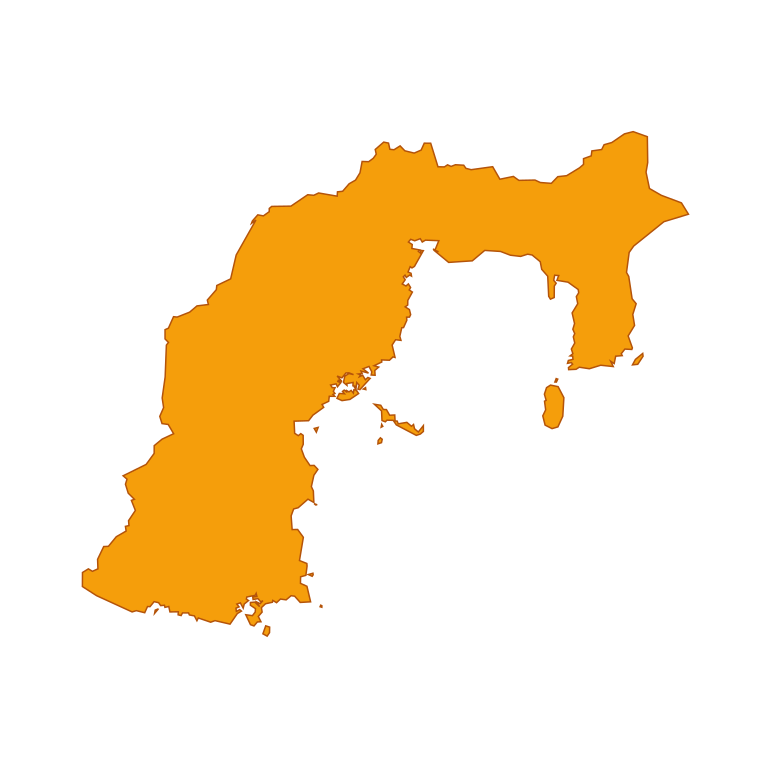 Toli-Toli, Sulawesi Tengah, Indonesia (Albers equal-area conic projection), rotated 175°
{"feature_id": "22746128B86630799177927", "entity_name": "Toli-Toli", "entity_type": "district", "adm_level": 2, "iso_a3": "IDN", "parent_name": "Indonesia", "parent_adm1": "Sulawesi Tengah", "projection": "albers", "projection_center": [120.606, 0.981], "detail": "fine", "context": "isolated", "style": "filled", "palette": "amber", "viewbox_px": 768, "rotation_deg": 175, "n_neighbors": 0, "source": "geoboundaries", "source_scale": "gbopen_adm2", "svg_char_len": 6181}
<svg xmlns="http://www.w3.org/2000/svg" viewBox="0 0 768 768"><g transform="rotate(175 384 384)"><path d="M700.8,222.5L702.1,208.5L688.8,198.2L654.8,178.9L650.5,179.8L642.3,177.0L639.0,182.9L636.5,182.6L632.0,187.2L627.6,185.8L625.8,182.7L622.0,182.7L621.7,180.6L617.8,181.1L617.1,175.6L608.8,175.0L609.2,172.0L606.3,171.0L604.7,173.5L598.7,173.0L598.0,170.9L593.1,169.5L591.0,164.5L589.4,167.1L577.4,161.8L573.0,163.0L558.3,158.2L550.1,168.1L545.8,170.2L547.4,171.8L550.9,170.3L551.0,173.6L547.8,174.6L549.8,177.6L546.2,178.5L543.8,173.0L542.4,177.0L537.8,180.1L539.9,181.7L539.2,183.8L530.8,184.7L529.6,186.6L529.1,183.4L533.3,183.3L533.2,180.7L528.3,181.2L525.7,177.7L523.5,178.7L526.5,176.0L529.9,178.0L527.3,173.0L531.7,178.0L536.1,178.0L536.4,175.3L531.6,171.4L532.2,168.0L535.3,164.7L541.8,166.2L538.0,155.9L534.6,154.3L530.9,158.0L527.3,157.9L529.5,163.4L525.3,167.4L525.6,171.9L521.2,175.4L514.2,176.3L513.6,178.1L510.1,175.5L505.9,178.8L500.3,177.5L495.0,181.2L491.5,180.4L486.5,173.7L476.1,173.4L478.4,189.2L484.6,192.7L483.9,199.2L478.5,200.2L476.5,209.4L476.5,211.9L483.6,215.5L477.7,238.3L482.7,246.6L488.2,247.0L488.0,260.7L484.9,267.4L480.3,268.2L469.8,275.9L464.2,272.1L463.7,283.6L465.3,288.1L461.8,299.2L457.3,304.7L460.7,309.0L464.8,309.2L469.7,318.0L472.0,326.6L469.7,331.0L469.0,339.9L471.2,341.8L473.9,340.0L477.3,342.7L476.8,354.8L462.3,354.0L457.5,359.2L446.1,366.0L447.5,369.0L440.6,371.6L439.6,376.5L434.1,376.0L435.8,378.1L433.7,378.8L435.1,381.1L433.1,384.6L435.9,384.9L437.3,387.6L431.7,388.3L430.6,385.3L427.0,389.0L429.8,390.5L429.1,391.7L425.6,390.1L430.0,396.0L425.4,393.8L421.0,398.3L418.0,398.2L413.5,396.0L418.0,397.5L422.4,395.2L424.2,389.1L421.0,385.9L421.0,387.7L414.7,388.2L415.1,384.9L412.5,384.2L413.8,383.6L412.5,380.9L411.0,387.9L408.8,384.9L410.4,381.2L408.5,380.5L397.3,390.8L399.5,391.9L402.2,389.9L404.5,394.6L407.8,393.4L406.6,395.1L408.7,396.2L404.9,396.4L405.8,398.9L398.5,396.2L403.6,401.0L397.4,402.8L395.1,397.2L396.0,394.1L392.1,393.5L392.0,398.3L387.8,401.3L392.3,403.1L384.3,406.1L384.3,408.2L376.5,407.2L372.7,410.2L370.7,409.5L372.5,422.1L368.6,427.1L363.3,426.0L364.1,430.1L361.4,438.5L359.6,438.5L355.7,445.5L355.7,448.6L352.8,448.4L351.4,450.8L352.2,455.9L356.2,459.0L353.5,460.6L353.0,465.2L347.7,473.1L350.7,475.5L349.1,477.8L351.0,481.6L353.6,479.7L357.1,482.1L353.8,486.0L355.4,489.1L353.6,490.6L352.5,488.2L348.9,490.3L347.2,489.1L347.4,491.9L350.3,493.5L347.7,498.6L346.0,497.2L343.4,498.5L333.2,513.4L335.6,513.8L336.3,511.2L338.2,513.1L336.6,514.4L344.4,516.6L343.7,520.5L347.3,523.3L344.8,525.8L340.9,524.0L335.2,525.6L333.5,522.1L330.2,523.7L316.9,522.0L321.6,512.8L318.1,511.0L321.7,512.4L323.1,514.5L322.6,512.9L309.0,499.5L285.3,499.0L272.0,508.3L256.4,505.9L246.9,501.3L236.8,499.2L229.6,500.8L225.2,499.6L217.7,492.2L216.9,484.5L211.5,477.1L212.3,457.0L210.8,454.0L206.9,455.3L205.8,466.7L203.7,469.4L205.9,472.5L204.5,477.5L200.5,476.8L202.7,472.2L191.8,469.4L182.3,461.2L182.1,457.9L184.8,454.3L184.0,447.1L190.4,438.4L188.9,427.6L191.1,422.1L189.6,417.6L191.3,414.5L190.4,408.2L194.3,402.5L193.2,397.7L196.2,395.8L193.6,395.3L193.6,392.1L198.3,391.4L199.4,388.6L195.5,389.0L194.4,387.3L198.8,384.3L198.8,382.2L191.4,381.9L188.0,383.7L178.1,381.3L166.5,383.8L154.1,381.4L156.2,386.9L152.9,384.3L150.8,391.5L144.2,391.5L145.0,393.5L141.0,397.8L134.1,396.8L133.4,398.3L136.6,410.6L129.3,420.5L130.1,431.6L125.8,442.0L129.4,447.3L130.8,469.8L132.7,474.0L128.3,493.7L123.2,499.7L91.0,521.3L65.9,526.6L71.9,538.5L91.3,547.8L102.5,555.6L104.5,572.2L102.0,581.6L100.1,607.4L113.8,613.7L122.7,612.2L136.0,604.7L143.9,603.2L146.7,598.6L156.6,598.1L157.7,593.2L165.6,591.1L166.1,585.4L170.4,582.3L183.9,575.6L192.8,575.4L199.8,569.3L210.7,571.1L215.8,574.0L231.9,575.1L237.0,579.5L250.7,577.9L256.8,591.0L278.5,589.9L283.6,591.7L285.5,595.0L293.7,596.2L298.2,594.9L301.6,596.8L304.9,595.0L311.3,595.7L316.5,619.8L322.9,620.4L326.6,613.8L333.8,611.4L342.9,614.5L347.2,619.8L353.6,616.5L357.7,617.3L358.5,623.6L363.2,625.0L372.3,618.4L371.7,613.6L375.0,609.8L379.9,606.8L386.4,607.6L389.5,596.5L394.6,589.6L401.3,586.5L408.4,579.6L413.6,579.5L414.3,575.2L432.5,580.0L437.5,578.1L443.5,579.2L461.2,569.3L480.4,570.7L483.0,568.9L483.3,565.7L489.5,562.0L495.0,563.5L500.9,557.9L502.0,555.6L497.3,558.5L520.0,525.4L527.6,502.1L542.0,496.7L542.8,492.6L552.7,483.0L552.0,478.5L563.5,478.1L571.4,472.5L584.2,468.7L587.8,469.4L593.9,458.4L597.4,457.2L598.2,448.0L595.1,444.2L597.4,441.7L601.4,410.1L606.2,389.4L605.6,379.7L610.2,371.3L608.6,363.9L602.5,362.5L597.9,352.8L609.9,348.4L618.3,342.6L619.0,334.9L628.0,324.6L651.9,315.3L648.3,311.6L650.3,306.7L648.3,297.5L642.7,290.9L645.8,290.1L642.7,279.7L650.4,270.1L650.4,265.2L654.0,264.7L653.7,260.0L664.0,255.2L672.7,246.3L677.4,246.5L684.6,234.3L685.1,224.8L690.8,222.8L694.6,225.6L700.8,222.5ZM225.6,352.9L225.2,344.2L228.6,338.4L227.1,329.0L220.5,324.9L214.5,326.1L208.7,336.3L206.0,354.7L210.8,366.2L218.2,368.4L222.4,366.2L225.1,359.9L223.9,353.6L225.6,352.9ZM375.3,342.2L356.3,330.0L352.1,331.0L348.9,333.3L348.4,339.1L354.0,333.2L357.5,336.8L358.1,341.1L360.3,339.5L364.6,343.8L373.3,343.1L374.1,345.9L376.2,346.2L376.0,352.2L381.1,352.4L383.8,358.3L386.9,358.7L389.1,363.1L395.4,364.7L388.8,357.4L389.2,347.8L386.0,346.2L384.2,347.7L378.0,347.0L375.3,342.2ZM429.3,378.5L432.1,373.8L427.3,371.1L419.3,371.6L410.1,376.7L412.1,380.3L414.5,380.9L415.3,377.6L417.3,380.5L419.6,379.2L422.6,381.3L421.3,378.8L424.2,381.4L426.0,380.2L424.2,377.7L429.3,378.5ZM522.9,153.4L526.4,145.7L522.4,143.0L519.7,146.3L519.1,151.8L522.9,153.4ZM123.6,391.9L131.4,386.6L134.8,381.4L129.5,381.5L123.5,389.1L123.6,391.9ZM392.3,330.7L394.7,328.3L395.3,324.9L391.6,325.8L390.6,329.1L392.3,330.7ZM453.4,346.5L457.4,345.8L455.6,341.9L453.4,346.5ZM476.0,200.8L472.3,198.7L471.2,200.1L471.3,201.7L476.0,200.8ZM628.3,179.7L631.6,178.7L632.5,175.5L628.3,179.7ZM213.6,371.1L212.1,370.9L210.5,373.7L212.0,374.4L213.6,371.1ZM389.8,344.0L390.6,341.2L388.9,341.9L389.8,344.0ZM405.0,380.8L402.6,380.0L402.7,382.0L405.0,380.8ZM467.1,167.7L465.4,167.0L465.2,168.5L466.3,169.2L467.1,167.7ZM464.0,270.9L462.7,269.5L461.1,269.5L464.0,270.9Z" fill="#f59e0b" stroke="#b45309" stroke-width="1.5"/></g></svg>